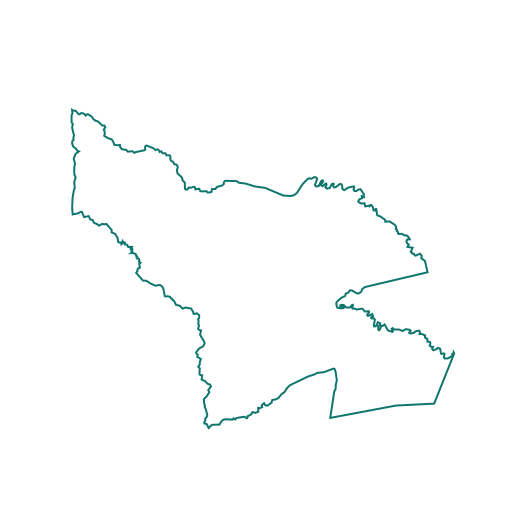 the district of El Cantón Del San Pablo (Managrú), Chocó, Colombia, rotated 345°
{"feature_id": "7082276B94568538347754", "entity_name": "El Cantón Del San Pablo (Managrú)", "entity_type": "district", "adm_level": 2, "iso_a3": "COL", "parent_name": "Colombia", "parent_adm1": "Chocó", "projection": "albers", "projection_center": [-76.776, 5.377], "detail": "fine", "context": "isolated", "style": "outline", "palette": "teal", "viewbox_px": 512, "rotation_deg": 345, "n_neighbors": 0, "source": "geoboundaries", "source_scale": "gbopen_adm2", "svg_char_len": 6127}
<svg xmlns="http://www.w3.org/2000/svg" viewBox="0 0 512 512"><g transform="rotate(345 256 256)"><path d="M162.8,404.5L164.8,405.4L165.8,409.9L169.1,407.9L170.5,407.8L177.1,409.4L179.1,407.3L181.9,405.7L184.4,405.8L191.0,408.0L192.3,407.0L193.5,408.5L195.4,407.4L203.3,408.3L205.1,410.4L205.9,410.0L206.4,408.6L210.0,407.9L212.2,405.9L214.6,407.3L217.8,407.1L218.8,403.3L220.1,404.0L222.9,403.6L222.9,401.7L225.7,400.3L226.3,402.5L228.0,403.5L233.0,401.8L234.4,399.3L237.6,399.6L240.6,399.1L245.2,395.9L248.2,394.9L251.7,391.7L255.3,389.6L275.5,385.8L281.2,385.6L285.0,384.8L291.6,385.8L301.7,384.8L302.7,385.5L302.9,389.0L301.9,397.0L299.7,401.1L298.5,405.0L296.5,407.2L285.8,431.6L352.6,436.7L389.9,444.7L422.3,401.3L422.0,400.2L421.7,401.0L420.3,401.4L419.4,403.4L414.9,404.6L411.7,403.8L411.3,402.2L412.8,399.4L412.1,398.6L410.1,398.7L409.5,398.2L409.8,393.1L407.8,391.8L406.5,392.7L402.8,392.9L402.1,391.3L403.4,389.6L401.8,389.1L400.6,387.6L401.7,386.0L401.8,384.2L399.4,383.0L400.0,380.4L398.1,378.6L398.8,376.4L395.7,374.1L393.8,373.7L394.7,371.7L394.2,370.3L390.9,370.0L388.4,371.2L384.8,370.8L384.0,369.7L386.0,368.4L385.7,367.3L382.0,365.5L378.2,366.4L375.2,364.1L370.2,362.6L369.3,361.0L368.2,361.4L368.7,364.2L368.1,364.6L364.2,362.0L362.5,355.4L360.4,356.3L358.4,356.4L356.4,359.4L355.6,359.5L355.1,358.8L355.8,355.4L358.4,354.7L358.5,353.2L356.5,351.5L355.3,353.3L353.5,354.8L352.0,354.7L351.8,353.4L354.4,348.3L353.8,346.9L351.6,346.2L351.2,345.5L351.7,344.8L353.4,344.6L353.3,342.2L348.7,342.9L348.2,342.5L348.3,341.2L350.6,339.8L350.7,338.6L346.7,337.8L345.4,334.8L344.5,334.2L339.5,333.8L337.3,332.1L335.6,331.8L335.3,330.7L336.9,328.9L336.9,328.2L335.7,328.3L334.1,329.7L332.8,330.0L329.5,328.8L328.0,326.0L325.7,325.2L324.5,325.6L324.4,326.7L327.0,327.4L327.4,328.7L326.9,329.0L323.7,328.3L321.2,327.0L321.0,324.1L321.5,322.0L323.4,320.5L327.5,318.5L331.9,317.6L332.9,315.6L335.5,315.3L338.0,313.4L339.7,314.1L343.7,318.1L345.4,318.8L348.5,317.7L349.8,315.6L353.1,314.2L417.5,316.1L417.9,304.5L415.1,300.9L416.1,298.8L415.0,296.2L410.2,297.0L409.4,296.3L409.2,294.9L407.4,294.0L407.4,293.0L406.5,292.1L409.4,288.6L404.7,286.4L406.5,284.5L405.4,283.0L405.0,280.8L406.5,279.1L408.9,279.7L408.1,276.9L406.6,274.9L404.6,274.5L402.8,272.4L399.2,271.6L399.2,269.1L398.4,268.3L399.0,266.8L398.0,266.0L399.0,263.9L398.0,261.6L394.0,257.2L389.8,256.3L390.2,255.0L389.7,254.0L386.2,249.8L383.6,248.1L384.3,241.8L383.6,241.6L382.7,242.9L381.4,242.4L381.5,238.8L380.6,236.6L379.4,236.4L378.6,237.5L377.4,236.6L374.4,236.4L374.4,233.1L371.7,232.8L369.1,230.7L368.9,229.7L370.5,228.0L373.7,227.5L373.7,225.7L375.6,226.9L375.7,224.7L376.2,224.2L374.2,218.5L372.3,218.3L369.7,219.2L367.9,218.7L367.4,217.1L368.6,215.3L368.6,214.1L362.9,213.8L358.2,215.2L356.8,213.6L357.5,209.9L356.8,208.5L355.6,208.2L351.0,210.1L349.4,210.1L348.6,208.9L349.7,206.4L349.3,206.0L347.9,206.2L344.8,209.4L342.0,209.3L340.8,207.6L342.7,205.2L342.6,204.2L341.4,204.3L338.3,205.8L337.2,204.6L337.5,203.7L340.3,201.2L339.8,200.1L338.2,200.6L334.7,204.7L332.0,204.4L331.3,202.6L335.0,197.5L334.7,196.0L333.1,194.9L329.3,195.7L327.2,194.6L325.4,195.2L319.7,198.6L311.8,205.7L308.5,207.1L304.9,207.0L297.9,204.6L282.5,192.6L272.9,188.5L264.8,183.4L258.3,180.7L257.0,179.0L255.3,178.2L245.7,175.4L244.0,176.4L243.5,178.2L241.7,179.1L236.0,179.2L234.2,180.8L230.7,180.0L229.6,182.6L229.0,182.7L225.9,182.3L224.9,180.6L220.0,179.5L218.8,178.6L218.6,176.5L216.3,175.9L214.8,176.1L214.7,173.8L214.0,173.0L211.0,173.2L208.7,172.5L206.9,174.0L205.3,173.7L204.8,172.6L206.2,166.7L204.6,163.8L204.9,162.2L204.4,160.3L201.5,155.8L201.9,152.3L203.2,150.6L203.5,148.6L202.4,146.8L200.9,146.3L200.3,143.6L198.7,142.1L198.3,140.3L199.1,137.4L198.8,136.5L195.5,135.5L195.1,133.3L192.4,132.6L191.5,130.3L189.9,130.6L189.3,128.1L187.7,127.4L186.3,127.6L184.8,125.4L179.1,121.1L177.9,121.0L176.8,122.6L176.6,124.6L175.5,125.0L166.9,124.5L165.3,124.9L163.8,122.9L159.1,122.0L158.1,119.9L154.0,118.1L153.0,115.5L153.3,113.5L150.7,113.2L147.9,111.9L147.8,109.5L146.8,105.9L143.8,104.1L140.5,100.6L141.6,98.7L142.0,96.0L141.6,94.6L143.7,92.8L143.4,90.8L141.3,90.2L138.2,85.2L135.7,83.5L134.5,82.0L133.4,78.9L130.6,75.7L129.9,75.4L127.7,76.3L127.1,74.4L124.4,72.6L122.4,73.5L121.3,73.1L119.4,69.1L117.0,68.2L116.2,67.3L115.7,70.6L114.2,72.6L112.5,79.1L113.2,81.2L111.6,84.3L111.4,92.3L110.1,94.8L109.9,96.6L108.2,97.6L107.5,99.9L107.8,103.0L109.8,105.5L110.7,108.1L112.0,109.1L108.1,110.7L105.1,114.9L105.1,120.3L103.9,122.2L102.4,126.7L101.7,130.5L102.1,133.3L99.4,137.9L98.6,143.4L97.2,145.1L93.9,152.3L90.8,162.2L89.7,168.4L95.1,168.7L98.0,168.0L99.3,168.4L100.0,173.9L104.7,174.2L105.4,177.9L107.5,178.9L108.0,181.9L111.0,184.3L112.0,186.0L115.9,185.2L117.4,186.1L119.8,186.3L123.3,193.6L122.6,195.8L125.7,198.2L127.0,202.9L126.5,206.7L127.8,207.8L129.0,208.0L129.0,209.4L130.9,207.3L130.9,209.2L132.0,208.6L132.8,209.2L132.5,210.9L134.5,211.9L134.8,214.2L138.4,215.1L136.9,216.5L138.3,217.0L138.2,218.0L137.2,218.1L136.8,218.9L137.7,220.4L136.2,220.9L137.9,221.3L140.3,222.9L140.2,224.2L140.8,225.0L140.2,225.9L141.2,226.7L140.6,227.7L142.1,228.4L142.2,230.3L141.4,231.1L142.7,232.6L141.1,233.4L140.8,237.3L138.8,237.6L137.6,239.1L137.5,240.1L135.9,241.3L140.4,250.4L143.8,251.6L147.1,255.4L151.3,258.7L155.2,259.0L156.4,259.7L157.7,261.7L158.0,264.1L157.5,271.1L158.7,271.9L160.4,272.0L162.5,273.4L162.9,274.9L164.0,275.7L164.0,276.9L165.1,277.9L166.2,282.7L169.5,284.2L171.4,287.8L174.7,287.6L179.6,289.9L180.8,293.5L180.7,295.6L181.6,296.1L184.0,296.0L185.5,298.0L185.7,299.2L184.9,301.3L183.7,302.2L183.6,304.5L182.6,306.6L183.0,308.2L181.3,311.3L181.5,312.2L183.6,313.7L181.6,317.7L183.7,325.0L183.8,327.1L181.5,329.6L177.2,330.6L173.2,333.6L173.2,334.8L174.1,336.2L173.2,338.3L176.1,341.2L174.2,344.0L173.7,346.1L171.6,348.0L172.6,349.9L170.8,355.4L171.4,356.6L173.1,357.3L171.5,361.4L174.5,363.7L176.0,366.7L178.4,368.4L178.7,370.5L175.2,373.0L175.7,375.4L172.3,378.6L168.7,380.7L167.7,384.7L168.0,387.3L167.4,388.4L167.9,391.8L167.7,397.2L166.5,399.0L164.9,399.9L164.2,402.2L163.0,403.2L162.8,404.5Z" fill="none" stroke="#0f766e" stroke-width="2"/></g></svg>